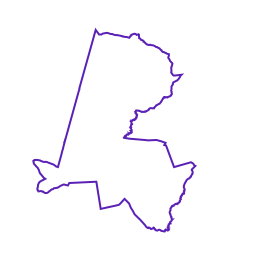 Kalulushi, Copperbelt, Zambia (Natural Earth projection), rotated 111°
{"feature_id": "96606910B20946814397752", "entity_name": "Kalulushi", "entity_type": "district", "adm_level": 2, "iso_a3": "ZMB", "parent_name": "Zambia", "parent_adm1": "Copperbelt", "projection": "natural_earth1", "projection_center": [27.971, -12.761], "detail": "fine", "context": "isolated", "style": "outline", "palette": "violet", "viewbox_px": 256, "rotation_deg": 111, "n_neighbors": 0, "source": "geoboundaries", "source_scale": "gbopen_adm2", "svg_char_len": 5716}
<svg xmlns="http://www.w3.org/2000/svg" viewBox="0 0 256 256"><g transform="rotate(111 128 128)"><path d="M44.5,116.2L44.7,118.7L44.4,119.3L44.5,120.0L44.2,121.6L44.5,122.0L44.4,122.3L44.5,123.1L44.1,124.0L43.4,124.5L43.4,125.3L43.1,125.7L42.7,126.6L42.7,127.3L42.6,127.1L42.3,127.3L42.4,128.4L42.0,129.6L42.2,129.8L42.2,130.4L42.3,130.9L41.8,132.8L42.0,135.2L42.4,136.1L42.3,137.2L43.2,138.5L43.2,138.9L43.0,139.7L43.2,140.3L43.2,140.8L42.4,142.2L42.3,143.1L41.6,143.8L41.8,144.5L41.4,144.6L41.0,145.2L40.9,146.1L41.1,147.2L40.2,148.6L40.2,149.7L38.3,150.7L37.4,151.0L36.9,151.3L36.7,151.8L38.0,153.2L37.5,154.7L37.6,155.4L38.1,156.1L38.1,156.4L39.7,158.0L39.8,158.3L40.6,158.1L41.6,158.8L42.3,159.0L42.8,158.9L43.3,159.1L43.5,161.8L44.0,163.1L44.0,163.8L44.2,164.4L44.2,165.1L44.5,165.4L44.3,166.5L44.5,166.7L44.6,167.1L44.5,167.8L44.7,169.2L44.9,169.7L45.2,171.8L45.6,172.3L46.0,174.6L45.9,176.3L46.5,178.1L46.5,180.7L46.9,182.2L49.0,185.5L50.2,186.3L51.1,188.5L48.0,193.3L108.7,187.6L109.1,187.2L111.1,187.2L163.0,182.2L162.8,182.4L164.5,182.3L164.6,182.0L168.6,181.6L170.3,181.3L173.3,181.1L176.2,180.7L189.6,179.4L189.7,181.4L189.1,183.1L188.8,184.6L188.9,189.6L188.8,191.7L189.0,192.6L189.5,193.4L190.0,195.2L189.9,196.3L190.0,197.3L189.8,198.1L190.2,201.0L191.2,203.6L191.5,203.5L192.3,204.4L192.7,204.6L193.1,204.2L194.5,203.5L195.6,202.3L196.0,201.0L196.8,199.9L197.3,198.4L199.0,196.3L201.6,194.2L204.8,188.5L205.1,187.0L208.6,190.1L209.9,191.1L211.0,191.5L213.6,191.6L215.2,191.0L216.8,191.0L217.7,190.7L218.0,190.1L218.5,190.0L219.3,188.9L218.1,186.7L217.9,185.3L218.1,184.7L217.8,184.3L218.1,183.9L218.4,182.0L217.8,180.6L217.1,179.8L215.8,179.0L215.5,179.0L214.6,178.3L213.2,177.6L212.5,177.0L212.1,176.2L210.6,175.4L210.1,174.0L209.4,173.2L209.2,172.6L208.7,172.1L205.5,169.7L205.2,169.2L203.9,168.0L203.7,167.5L203.2,163.5L200.4,163.1L189.5,138.3L213.3,124.5L204.0,110.4L203.0,109.0L202.0,108.4L195.4,105.8L198.1,99.9L201.3,96.9L203.8,93.6L206.2,90.9L209.3,83.7L212.6,77.2L213.5,76.0L213.9,75.2L214.3,73.3L214.1,73.1L213.5,73.0L213.4,72.2L213.5,71.6L214.1,70.4L214.0,70.1L212.9,69.0L211.8,68.4L211.9,68.0L212.6,67.7L212.7,66.4L213.3,66.0L213.5,65.7L213.3,64.1L213.0,63.5L212.1,63.0L211.7,62.0L211.7,61.1L212.1,60.2L211.5,56.7L210.7,56.4L209.8,56.8L209.3,56.5L209.1,55.6L209.4,54.8L209.5,54.2L208.8,53.5L207.7,53.4L207.0,55.0L206.5,55.4L205.6,54.9L205.4,55.2L205.1,55.3L205.1,55.0L204.8,55.3L203.9,55.1L203.5,55.3L203.4,55.1L202.7,55.0L202.3,54.6L202.1,54.9L201.9,54.7L201.3,54.8L201.3,54.7L201.1,54.9L200.6,54.9L199.6,54.3L198.9,54.1L198.3,54.2L197.6,53.9L197.7,54.1L197.4,54.5L195.5,55.6L195.5,56.1L194.9,56.3L194.2,57.0L193.4,57.4L193.1,57.7L193.1,58.0L191.9,58.9L190.6,59.0L189.7,58.8L189.2,59.1L188.2,59.2L188.0,59.5L186.1,59.1L185.4,58.6L185.0,58.8L184.6,58.1L184.3,58.2L184.2,58.1L184.1,57.5L183.5,57.4L182.0,56.5L181.9,56.1L181.6,56.0L181.4,55.5L181.0,55.2L181.2,54.8L180.9,54.7L180.8,54.4L180.0,54.2L179.4,53.7L179.2,53.8L178.8,53.4L178.0,53.2L177.5,53.5L177.3,53.3L176.0,53.5L175.6,53.2L175.0,54.0L174.7,54.0L174.5,53.7L173.4,53.7L173.2,54.1L172.7,54.1L171.7,53.4L171.3,53.7L170.3,53.6L169.9,53.0L169.4,53.1L169.2,52.2L168.7,52.2L167.0,53.2L166.5,52.7L166.2,52.8L166.0,53.1L164.9,53.1L164.3,53.8L163.0,54.9L160.3,55.2L157.7,54.9L157.3,54.7L155.8,54.7L153.8,53.6L153.1,52.7L152.5,52.6L151.5,52.0L151.1,52.2L150.5,51.8L149.8,51.9L147.8,51.4L147.7,51.6L146.6,51.6L145.4,52.2L144.6,53.0L144.4,53.4L143.9,53.6L139.3,51.5L139.1,52.8L137.9,54.3L137.4,56.9L148.0,71.0L130.7,86.2L130.9,88.0L128.4,87.6L128.4,88.1L128.5,92.2L129.0,97.2L132.4,104.9L133.0,107.4L137.5,122.9L138.6,128.2L138.5,128.3L138.1,127.8L137.6,128.1L137.3,128.0L137.2,127.7L136.7,127.8L136.7,127.6L137.0,127.4L136.7,127.3L136.6,127.0L135.5,127.2L135.1,126.8L134.4,126.7L134.0,126.1L134.1,125.7L133.8,125.6L133.8,125.3L133.6,125.3L133.7,125.6L133.4,125.3L133.3,125.2L133.1,125.3L133.2,125.1L132.7,124.7L132.6,124.4L131.9,124.4L131.6,124.0L131.3,123.7L131.6,123.6L131.4,123.2L131.1,123.1L130.8,123.3L130.5,123.0L129.9,123.3L130.0,123.5L129.9,123.6L130.0,123.8L129.7,124.3L129.6,124.1L129.2,124.2L128.5,123.9L127.9,124.5L127.2,125.5L126.5,125.3L126.3,126.2L125.6,125.9L124.1,126.2L123.5,125.9L123.1,125.5L122.9,125.5L122.7,126.4L121.8,126.7L120.6,127.6L120.8,127.7L120.7,127.9L120.2,127.6L120.3,127.1L120.1,127.0L119.8,127.2L119.7,126.5L118.6,126.2L118.3,125.0L117.5,125.1L117.5,124.4L117.2,124.1L115.7,124.2L115.3,123.7L114.5,123.9L114.0,124.4L113.6,124.3L113.5,124.0L112.8,124.1L112.8,124.3L112.2,124.5L111.7,125.2L111.8,125.8L111.6,126.1L111.4,126.0L111.1,126.3L111.1,126.1L110.9,126.1L109.7,126.8L109.0,126.8L108.9,126.5L108.6,126.4L108.3,125.1L107.9,124.3L108.1,123.6L107.9,123.0L108.1,120.8L107.8,120.6L107.4,119.6L107.4,119.2L107.0,118.8L107.1,118.7L106.8,118.4L106.8,117.8L106.6,117.7L106.3,117.3L105.9,117.3L105.6,116.8L104.8,116.2L104.6,115.8L103.4,115.3L103.2,115.0L102.5,115.1L101.5,114.3L101.1,113.4L100.8,111.8L100.4,111.4L100.2,110.7L99.4,110.8L97.8,110.0L96.8,109.8L96.3,109.4L96.0,108.9L95.0,108.3L94.0,107.2L93.5,107.0L93.2,107.0L92.0,106.5L91.4,106.6L90.5,106.2L88.9,106.1L88.2,105.8L87.6,105.9L86.6,105.5L86.6,105.0L86.0,105.1L85.8,104.4L85.9,103.7L85.5,103.4L85.3,102.1L84.9,102.1L83.5,100.3L83.0,99.9L82.6,99.9L82.1,99.4L81.4,99.6L80.9,99.3L80.2,99.3L79.2,100.1L78.4,100.3L78.0,100.9L77.6,101.1L76.2,101.3L73.9,102.2L73.3,102.2L71.2,101.7L70.8,102.0L69.2,102.1L67.4,100.4L66.7,99.9L66.2,99.3L64.7,98.5L62.0,97.8L60.7,97.8L59.1,97.1L62.2,103.0L62.6,104.1L62.5,104.9L61.0,107.1L60.4,107.7L60.0,107.6L58.4,108.2L57.0,109.0L55.9,109.1L55.6,109.4L53.7,109.3L53.0,109.5L52.1,109.5L51.6,110.0L50.4,112.7L49.2,113.8L48.1,115.5L47.0,115.8L46.0,115.7L44.5,116.2Z" fill="none" stroke="#5b21b6" stroke-width="2"/></g></svg>